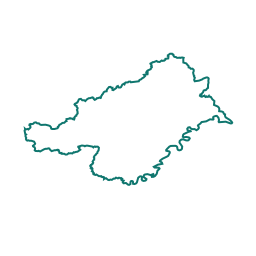 Bojayá (Bellavista), Chocó, Colombia, rotated 70°
{"feature_id": "7082276B24330192528349", "entity_name": "Bojayá (Bellavista)", "entity_type": "district", "adm_level": 2, "iso_a3": "COL", "parent_name": "Colombia", "parent_adm1": "Chocó", "projection": "equal_earth", "projection_center": [-77.12, 6.441], "detail": "fine", "context": "isolated", "style": "outline", "palette": "teal", "viewbox_px": 256, "rotation_deg": 70, "n_neighbors": 0, "source": "geoboundaries", "source_scale": "gbopen_adm2", "svg_char_len": 5804}
<svg xmlns="http://www.w3.org/2000/svg" viewBox="0 0 256 256"><g transform="rotate(70 128 128)"><path d="M117.0,223.3L117.9,222.8L119.0,220.4L118.9,219.7L120.0,218.6L119.3,214.2L119.3,212.7L119.8,211.4L119.9,209.7L120.4,208.9L121.4,208.8L123.6,207.7L123.8,204.5L124.2,203.5L124.3,201.7L124.7,201.0L125.2,201.4L126.1,200.6L127.8,201.0L128.3,200.5L128.7,199.0L129.5,199.2L130.5,196.6L131.5,195.9L131.9,194.9L132.0,194.1L131.4,192.4L131.7,192.2L132.2,190.2L132.9,189.0L132.2,187.3L132.7,186.7L132.6,185.4L133.0,183.5L132.1,180.3L130.6,181.0L129.5,180.1L128.9,181.2L128.5,181.1L128.7,177.3L129.8,175.2L130.4,174.8L130.3,173.4L130.8,172.0L133.3,167.8L134.4,167.2L134.0,166.4L134.0,165.4L134.7,164.9L134.8,163.6L135.3,162.7L136.6,162.1L139.1,163.4L139.8,164.7L141.1,165.4L141.4,166.7L142.0,167.1L142.5,168.7L143.7,170.1L144.7,169.9L145.1,170.3L146.2,170.6L146.3,171.3L147.5,172.8L148.8,172.6L149.6,173.5L149.5,174.0L150.2,174.9L150.0,175.6L150.7,176.5L151.9,176.1L152.7,176.6L153.0,175.7L153.8,176.2L154.2,175.4L155.7,176.1L156.1,176.5L156.3,176.1L156.8,176.3L157.1,175.9L158.5,176.0L158.7,175.5L159.1,175.5L159.4,176.3L159.7,176.2L161.0,174.7L160.9,173.6L163.3,171.8L163.7,170.6L164.2,170.2L164.2,169.5L165.2,169.2L165.5,168.1L166.0,168.0L166.1,167.4L166.5,167.3L167.7,167.9L167.4,166.9L167.8,166.3L167.7,165.8L170.0,164.4L170.5,163.5L170.4,162.3L171.2,160.9L170.6,158.9L171.1,157.7L170.5,156.3L171.9,154.7L171.6,153.5L172.4,152.4L172.7,152.3L172.7,151.5L173.9,150.7L174.3,151.0L174.3,151.8L174.9,151.9L176.0,150.1L177.2,151.5L178.4,151.1L179.0,148.7L181.3,147.3L181.8,146.4L181.5,144.9L179.4,144.0L179.0,143.5L179.0,142.8L179.5,141.9L180.1,141.7L182.2,142.3L182.9,141.0L182.8,139.2L182.1,138.2L178.2,135.4L177.6,133.4L177.8,132.4L178.4,131.8L179.3,131.8L181.0,132.7L182.2,132.5L183.1,131.4L183.4,129.5L182.9,128.5L182.3,128.1L179.7,129.9L178.7,129.8L177.8,129.1L177.5,128.0L178.0,125.5L180.0,122.8L179.9,120.0L180.3,119.9L180.7,120.2L181.1,122.2L182.1,122.3L182.6,120.7L182.3,118.9L180.8,116.6L178.2,114.9L177.2,112.5L176.8,112.2L175.9,112.6L174.2,116.6L173.3,117.0L172.7,112.3L173.4,108.0L172.0,108.0L170.1,109.4L169.6,109.0L168.7,106.1L168.2,101.2L167.9,99.7L165.6,97.2L164.8,97.0L164.1,97.3L162.5,99.8L161.8,99.7L161.0,98.4L159.6,95.4L159.5,93.9L160.9,89.7L161.6,88.7L162.5,88.3L165.0,88.7L165.8,88.4L166.5,87.5L166.7,85.9L166.0,84.4L163.9,83.4L159.3,84.6L157.9,83.9L157.2,82.2L157.2,81.1L157.7,79.8L159.4,77.8L160.0,76.6L160.2,75.5L159.7,74.4L158.8,73.5L157.7,74.0L156.3,76.4L155.7,79.0L155.0,79.5L153.4,78.6L152.8,77.7L152.3,72.6L152.5,70.2L152.3,70.2L151.3,72.0L150.2,72.8L149.0,72.6L148.1,71.2L148.4,69.7L150.4,68.9L151.2,67.6L151.8,65.8L153.5,64.4L153.0,62.4L152.3,61.5L151.5,61.2L149.7,61.5L149.3,61.1L148.6,58.5L147.6,56.8L148.5,52.2L147.9,48.0L149.2,45.2L148.9,44.6L147.5,44.5L146.9,44.2L146.6,43.2L146.7,41.3L147.0,40.4L149.2,39.5L151.5,39.7L153.1,40.7L153.7,40.5L155.5,34.0L158.7,30.2L159.1,29.0L158.7,28.3L157.6,28.4L155.2,29.6L151.4,32.6L149.6,32.7L148.4,32.1L147.4,33.1L145.7,33.1L144.6,34.2L143.4,36.6L141.1,35.6L139.8,35.7L138.4,36.4L135.7,39.3L132.2,37.6L129.9,38.9L127.2,39.5L127.0,40.1L126.5,40.2L126.0,41.0L125.5,41.0L126.1,42.1L125.9,42.7L125.2,43.3L125.5,43.9L125.4,44.6L123.8,45.0L124.0,45.5L123.7,46.2L123.9,47.8L123.1,48.0L122.8,48.3L123.0,49.0L122.3,49.4L121.2,48.5L121.3,47.1L120.7,46.5L120.2,45.4L118.7,44.1L118.6,43.2L119.0,42.4L118.9,41.6L118.0,40.3L117.7,39.1L114.7,38.0L112.9,36.8L111.2,36.4L109.2,35.3L108.5,35.4L107.7,36.1L107.3,37.2L107.3,40.4L107.7,41.6L107.8,45.0L106.9,49.3L105.4,49.4L103.6,48.0L102.3,48.4L101.7,47.9L100.7,48.2L98.3,47.9L96.9,46.7L95.7,46.4L94.3,47.1L93.8,48.8L92.4,49.3L91.8,50.3L90.2,49.9L89.2,50.5L87.3,51.1L85.4,53.6L82.2,52.5L81.1,51.7L80.2,53.1L80.0,55.0L79.6,55.2L79.1,57.3L78.5,58.3L77.8,58.6L77.0,60.1L75.6,60.5L74.8,60.2L74.2,60.5L74.1,61.0L73.3,61.2L72.6,63.1L73.3,65.6L73.8,65.5L74.1,65.9L74.6,65.5L76.4,66.4L75.8,69.2L76.6,69.6L77.1,70.8L76.8,71.4L76.9,72.3L76.1,73.3L76.8,75.6L75.9,77.5L74.8,78.2L74.9,81.4L74.6,82.0L75.1,84.9L75.6,84.9L76.0,84.2L77.1,84.7L77.6,84.5L78.0,85.1L78.7,84.7L79.1,84.8L79.8,86.2L80.5,86.6L80.7,89.9L81.3,91.1L81.5,91.3L81.8,90.8L82.3,91.6L83.0,90.7L84.2,91.3L83.5,94.8L85.1,94.3L86.0,96.3L86.0,97.4L86.7,98.9L86.8,100.8L87.8,101.9L86.0,109.7L85.2,109.9L84.7,111.5L85.1,112.6L84.4,114.6L84.6,115.3L85.8,116.4L85.0,116.9L85.3,118.5L87.2,120.6L87.3,121.6L86.7,122.9L85.1,123.1L85.2,124.4L86.4,125.3L87.4,128.9L86.9,129.6L84.9,128.8L84.6,129.8L83.4,130.3L83.0,131.8L84.7,134.7L86.2,135.5L85.8,137.2L86.1,138.6L87.5,140.1L87.8,141.0L88.5,141.5L88.8,142.2L90.4,143.2L90.4,143.7L89.6,144.3L89.7,146.1L89.3,146.9L89.9,147.9L90.2,149.6L89.4,150.1L88.3,150.1L88.1,150.5L87.4,150.5L87.0,151.0L87.0,153.2L86.6,154.8L87.0,156.7L88.1,158.9L87.0,159.6L86.3,161.5L84.5,162.3L84.2,164.0L84.9,165.0L86.2,166.1L86.4,166.8L86.8,167.0L87.1,169.6L87.5,170.2L88.7,169.9L89.7,168.7L90.6,169.0L91.8,168.5L92.5,168.7L93.5,169.8L95.1,169.7L95.7,170.1L96.7,170.1L97.2,170.4L98.0,172.0L98.8,172.3L99.0,173.7L99.9,175.0L100.4,174.8L101.6,175.7L100.7,177.0L99.9,177.4L99.3,179.3L98.9,179.3L99.0,180.8L98.6,182.7L99.1,182.8L99.9,183.6L100.5,183.5L100.5,184.5L101.3,186.0L100.8,187.9L101.5,190.2L101.5,191.4L102.7,192.6L102.8,193.3L103.3,193.2L104.1,194.3L103.8,197.5L103.0,199.7L102.2,200.4L101.0,200.1L99.4,200.7L98.5,201.7L96.7,204.4L95.4,208.6L94.2,209.8L93.2,210.1L92.5,211.8L91.2,212.6L90.9,214.3L91.6,215.5L91.4,217.3L90.9,217.9L90.9,219.2L91.6,219.7L92.5,219.1L94.0,219.4L94.4,219.9L95.3,222.1L94.6,222.5L94.4,224.6L93.6,225.0L94.2,225.1L95.1,226.1L98.5,226.6L99.2,226.0L99.5,226.7L100.9,227.2L102.5,227.0L103.4,227.7L104.5,227.6L105.4,227.0L105.4,226.0L106.3,224.9L106.9,223.2L108.7,220.9L110.9,220.6L111.5,221.2L112.2,223.4L112.8,223.5L114.3,222.3L115.8,222.4L117.0,223.3Z" fill="none" stroke="#0f766e" stroke-width="2"/></g></svg>